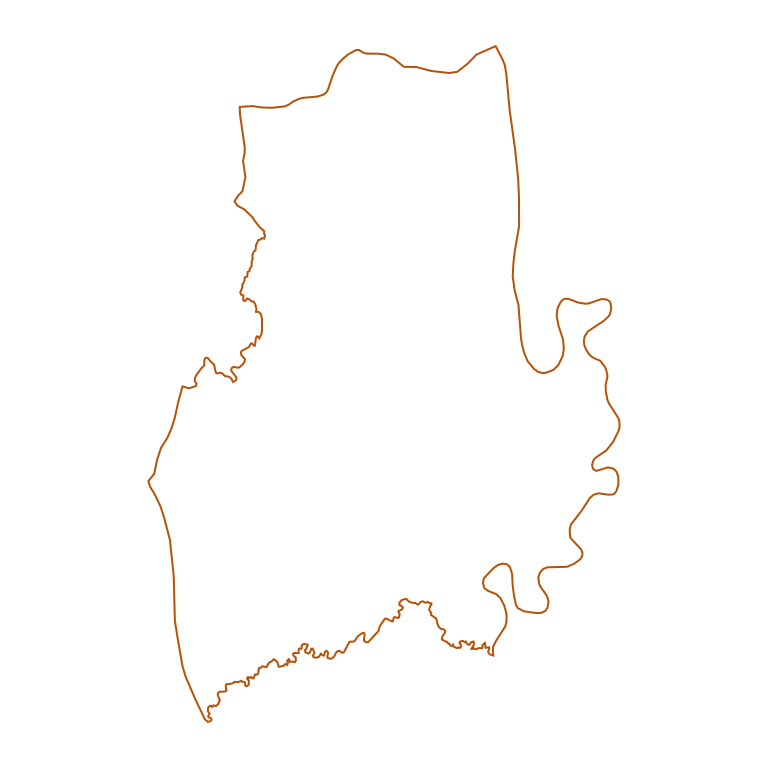 outline of Thung Khao Luang, Roi Et, Thailand
{"feature_id": "78962969B71401871010357", "entity_name": "Thung Khao Luang", "entity_type": "district", "adm_level": 2, "iso_a3": "THA", "parent_name": "Thailand", "parent_adm1": "Roi Et", "projection": "equal_earth", "projection_center": [103.86, 15.995], "detail": "fine", "context": "isolated", "style": "outline", "palette": "amber", "viewbox_px": 768, "rotation_deg": 0, "n_neighbors": 0, "source": "geoboundaries", "source_scale": "gbopen_adm2", "svg_char_len": 6098}
<svg xmlns="http://www.w3.org/2000/svg" viewBox="0 0 768 768"><path d="M493.3,655.5L492.8,650.0L493.3,646.2L496.1,640.8L505.2,626.5L506.5,621.6L506.6,616.1L506.1,612.2L504.1,605.2L500.4,598.1L496.3,594.2L488.0,590.8L484.3,588.1L483.0,583.1L483.5,579.7L484.5,577.5L493.7,568.0L498.0,564.9L502.8,563.6L506.7,564.2L509.7,566.7L511.4,571.4L512.1,574.6L512.7,586.0L514.2,596.7L516.0,605.1L517.9,608.2L524.0,611.3L536.1,613.0L541.7,612.8L545.4,610.8L547.5,607.6L548.5,601.8L547.5,597.6L546.0,594.5L540.7,587.1L539.1,583.8L538.3,577.3L540.1,572.5L543.4,568.8L547.6,567.3L566.8,566.8L574.2,563.7L580.5,559.1L582.0,556.4L582.4,554.5L582.4,552.9L581.2,549.4L571.4,539.0L570.1,536.8L569.7,529.8L570.8,524.7L582.0,510.1L589.8,498.1L593.6,494.7L598.4,493.3L608.5,494.7L612.4,494.5L614.3,493.8L616.6,490.7L618.4,484.2L618.3,476.6L616.4,471.6L614.5,469.5L612.1,468.2L607.8,467.4L596.5,470.9L593.9,469.7L592.8,468.3L592.1,465.0L593.4,460.3L595.3,457.9L606.2,450.5L613.1,441.9L618.7,430.6L619.6,426.2L619.2,420.6L618.4,418.2L608.9,403.4L607.4,399.8L605.8,391.2L605.6,385.3L607.5,376.3L606.4,370.5L605.0,367.0L600.2,360.7L594.5,358.4L591.0,356.2L588.9,354.0L585.9,349.4L584.3,345.1L583.9,342.4L584.2,338.1L585.0,335.9L587.9,331.4L604.1,320.6L608.8,316.1L610.0,314.1L611.3,308.1L610.6,303.6L609.7,301.5L607.1,299.6L601.7,299.0L588.5,303.5L585.0,303.7L578.3,302.6L568.5,298.9L565.0,298.7L562.5,300.0L560.9,301.7L558.0,307.2L557.2,310.1L556.7,315.9L558.4,325.4L563.0,339.4L563.8,347.6L563.4,352.1L562.5,356.4L558.2,365.3L553.2,370.0L545.9,372.8L542.5,373.1L538.1,371.9L534.0,368.9L527.7,361.3L524.2,353.1L522.1,345.0L521.0,338.2L518.5,305.3L514.5,289.6L512.7,276.2L513.4,263.3L514.8,251.0L519.1,226.1L519.0,196.9L518.1,178.1L515.1,149.5L509.7,110.5L506.4,75.0L504.9,65.5L502.6,59.5L495.6,46.1L476.5,54.6L467.7,63.6L457.3,71.8L449.3,73.0L431.4,71.0L416.2,67.0L403.9,66.8L393.4,58.3L385.7,54.6L378.4,53.7L366.8,53.6L362.9,52.5L359.0,50.0L356.0,50.0L348.5,54.2L343.8,57.9L338.9,62.9L337.2,65.5L332.8,75.2L328.0,89.4L326.5,92.3L323.5,94.6L317.8,96.5L302.5,97.9L298.9,98.9L292.8,101.7L288.4,104.9L284.6,106.4L272.0,107.8L260.7,107.4L253.1,106.1L239.7,106.9L240.0,114.3L244.8,147.9L244.6,153.3L243.0,160.7L245.4,177.2L242.4,191.3L238.5,195.2L234.5,201.3L237.4,205.7L244.1,209.3L252.5,217.2L254.1,220.1L259.8,227.3L264.1,231.0L264.1,233.7L265.0,235.3L264.2,238.7L262.0,238.1L260.3,239.6L258.5,239.9L256.0,245.2L255.5,250.2L253.8,251.6L252.2,255.8L252.7,257.6L252.6,259.3L251.8,260.6L251.6,266.2L249.8,268.7L249.5,271.0L247.6,272.0L247.3,276.5L244.7,277.5L244.5,280.3L243.4,283.2L242.2,284.7L242.3,287.5L240.2,292.3L241.0,294.5L243.4,295.6L243.2,299.5L243.6,300.7L245.0,301.0L247.1,298.5L249.1,299.2L251.6,301.5L253.6,301.5L255.3,304.3L256.5,309.3L255.9,311.8L258.8,312.0L261.0,314.2L262.0,319.2L262.0,330.1L261.5,333.9L259.3,338.3L258.0,336.5L256.8,336.4L255.9,338.5L254.9,345.6L254.0,345.8L252.0,343.4L250.9,343.5L248.9,347.0L241.4,351.1L240.9,352.9L241.4,355.2L244.9,359.1L244.6,361.6L242.8,364.3L239.4,367.4L237.7,367.7L233.5,366.8L231.5,368.3L231.2,370.2L231.8,371.6L236.5,377.5L236.2,379.7L234.8,381.1L232.8,381.9L231.9,379.5L230.5,377.9L228.2,376.5L225.2,376.2L221.7,373.0L220.4,372.7L217.3,373.5L216.3,373.0L215.4,371.1L214.1,364.7L210.4,361.3L208.0,358.2L206.4,357.7L205.3,358.1L204.4,359.7L204.2,365.6L201.7,367.9L196.3,375.1L195.0,377.7L194.7,380.7L196.5,383.9L195.8,386.1L188.9,388.3L182.5,386.4L178.2,402.1L174.8,417.8L171.2,429.2L167.2,438.1L161.1,447.7L157.2,459.4L154.2,473.8L148.4,481.0L150.2,487.0L154.5,493.9L160.4,506.1L163.8,516.5L169.9,539.7L173.7,575.7L174.9,620.8L177.1,635.0L182.5,666.3L185.5,676.3L195.2,699.0L204.9,719.3L207.9,721.9L210.5,721.1L211.3,720.2L211.4,718.8L210.1,717.6L208.6,717.4L208.1,716.4L209.6,713.5L207.9,711.2L208.0,707.7L209.8,705.9L211.1,705.7L212.1,707.0L213.7,705.4L216.0,706.0L218.1,704.2L219.8,700.3L217.8,695.1L217.8,693.2L219.4,691.8L224.7,691.5L226.4,690.8L225.7,685.9L226.4,684.2L229.9,684.0L233.3,683.0L234.3,681.9L238.3,682.1L241.3,680.8L242.4,681.8L245.0,682.3L245.3,685.8L246.5,686.3L248.7,684.9L248.8,680.6L247.1,678.8L247.7,677.2L248.1,677.1L248.8,678.3L251.0,677.0L252.5,678.4L253.7,678.3L254.9,674.5L256.8,674.7L258.2,673.4L258.9,668.1L260.7,667.8L262.4,666.2L266.4,667.2L269.0,662.6L271.7,661.3L273.7,659.3L277.2,661.7L278.8,666.8L283.7,665.8L285.1,664.0L287.3,664.9L287.7,663.6L287.2,660.7L288.6,659.2L289.2,659.4L289.6,661.9L292.3,661.5L295.0,662.2L295.8,660.6L295.8,657.6L293.4,655.5L293.1,653.6L294.3,653.0L298.6,653.1L298.8,648.9L299.5,648.4L301.2,648.8L301.8,647.7L301.7,645.3L304.1,643.8L307.7,644.8L306.1,649.2L304.8,650.2L305.6,652.5L308.8,653.5L310.0,652.1L311.3,648.7L312.7,648.6L314.3,652.5L314.3,653.4L312.9,655.4L313.5,657.2L315.9,657.7L318.9,656.9L320.9,653.7L323.0,655.5L324.1,655.5L325.0,651.8L326.4,650.9L327.2,651.3L328.1,652.9L327.4,656.4L327.7,658.1L330.9,658.8L333.8,657.1L336.3,652.3L337.8,651.1L339.6,650.8L342.0,652.8L343.9,652.2L349.5,641.8L354.4,641.4L357.5,636.6L362.7,632.8L363.9,632.9L364.7,634.5L363.9,639.7L364.3,641.2L366.2,642.3L368.2,642.2L378.4,631.1L379.8,626.2L384.9,618.7L386.4,618.6L392.2,621.5L393.0,620.9L393.7,617.8L394.5,617.1L398.1,617.9L399.0,617.5L399.6,614.2L398.5,611.9L398.5,611.0L401.7,609.6L402.9,607.6L401.7,606.0L399.5,605.1L399.4,602.8L401.7,600.1L404.5,599.1L406.7,599.2L408.7,601.5L411.7,602.7L415.5,603.0L417.5,604.6L418.7,604.4L420.3,602.0L422.7,601.3L425.7,602.8L427.8,601.8L429.4,603.2L431.4,603.3L431.4,604.6L430.3,605.9L429.2,609.3L429.2,610.1L431.1,612.6L431.0,614.9L436.3,618.6L437.8,625.2L439.2,627.4L441.0,628.9L443.9,629.4L445.2,630.9L445.0,632.5L442.3,636.6L441.9,639.5L447.5,642.4L448.3,643.7L449.2,643.6L450.3,645.5L451.7,646.0L453.0,644.6L453.6,646.6L457.1,648.2L458.5,647.4L459.9,648.0L461.1,646.1L460.5,643.9L459.5,643.1L460.0,641.7L462.7,640.8L464.6,642.2L465.8,641.5L467.5,644.3L469.5,644.8L470.9,642.4L473.4,641.5L473.9,643.0L473.7,645.1L471.4,648.9L472.5,649.1L473.9,648.4L475.6,649.3L479.1,648.0L482.2,648.1L482.7,647.3L482.5,645.1L484.9,643.0L485.7,647.8L489.1,647.3L489.3,648.6L488.2,651.3L488.6,653.0L489.8,654.3L493.3,655.5Z" fill="none" stroke="#b45309" stroke-width="2"/></svg>